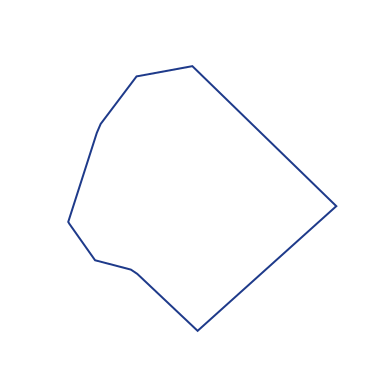 an SVG outline of Saint George, rotated 245°
{"feature_id": "BRB-1991", "entity_name": "Saint George", "entity_type": "Parish", "adm_level": 1, "iso_a3": "BRB", "parent_name": "Barbados", "parent_adm1": "", "projection": "mercator", "projection_center": [-59.543, 13.145], "detail": "fine", "context": "isolated", "style": "outline", "palette": "blue", "viewbox_px": 384, "rotation_deg": 245, "n_neighbors": 0, "source": "natural_earth", "source_scale": "10m", "svg_char_len": 305}
<svg xmlns="http://www.w3.org/2000/svg" viewBox="0 0 384 384"><g transform="rotate(245 192 192)"><path d="M217.2,67.2L285.8,130.7L292.3,138.0L320.2,190.6L305.9,245.5L118.2,316.8L63.8,138.4L140.9,107.8L147.5,103.8L171.1,75.3L215.0,67.4L217.2,67.2Z" fill="none" stroke="#1e3a8a" stroke-width="2"/></g></svg>